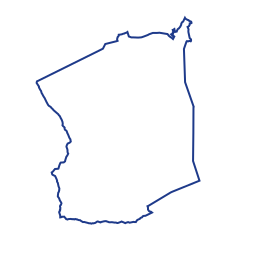 San Antonio Huitepec, Oaxaca, Mexico, rotated 165°
{"feature_id": "50627088B88102129443376", "entity_name": "San Antonio Huitepec", "entity_type": "district", "adm_level": 2, "iso_a3": "MEX", "parent_name": "Mexico", "parent_adm1": "Oaxaca", "projection": "robinson", "projection_center": [-97.134, 16.922], "detail": "fine", "context": "isolated", "style": "outline", "palette": "blue", "viewbox_px": 256, "rotation_deg": 165, "n_neighbors": 0, "source": "geoboundaries", "source_scale": "gbopen_adm2", "svg_char_len": 4577}
<svg xmlns="http://www.w3.org/2000/svg" viewBox="0 0 256 256"><g transform="rotate(165 128 128)"><path d="M59.1,131.8L61.0,157.5L53.5,189.9L49.1,196.4L48.5,196.7L48.0,196.3L47.5,196.1L46.8,196.2L46.1,196.2L45.4,195.8L45.0,195.5L44.6,195.8L44.4,196.3L44.3,196.8L44.3,197.0L44.2,197.3L45.1,198.8L45.1,199.7L45.1,200.5L45.0,201.1L45.0,202.1L44.9,203.2L44.9,204.0L44.8,205.1L44.6,206.1L44.4,206.6L44.1,207.3L44.0,207.9L44.1,208.6L44.2,209.4L44.3,210.2L43.4,210.4L42.8,210.6L42.4,211.1L42.0,211.4L41.8,211.8L41.6,212.3L41.4,212.7L41.3,213.0L40.7,212.8L40.2,212.9L39.8,212.9L39.5,213.0L39.4,213.5L39.4,213.9L39.5,214.3L39.8,214.7L40.2,214.9L40.6,215.2L40.9,215.4L41.2,215.7L41.5,216.1L41.6,216.5L42.0,216.7L42.1,216.8L42.3,216.9L42.9,217.4L43.2,217.7L43.7,218.1L44.0,218.6L44.2,218.9L44.4,219.3L44.5,219.7L47.2,216.5L47.6,216.4L48.1,216.3L48.4,216.1L48.9,215.6L49.4,215.2L49.7,214.5L50.0,213.8L50.6,213.2L51.2,212.4L51.9,211.9L52.5,211.5L53.1,211.0L53.9,210.8L54.6,210.4L55.5,209.3L55.8,208.8L56.7,207.9L55.9,208.9L57.5,208.6L57.7,209.6L57.6,211.6L59.2,211.1L59.4,211.1L59.3,208.8L60.0,208.7L60.0,207.8L62.1,207.3L61.5,206.3L60.6,206.6L60.5,206.2L60.1,205.1L60.4,204.9L59.7,204.3L61.5,202.3L62.6,204.0L63.3,204.6L64.7,206.5L65.5,208.5L73.0,211.9L74.8,212.2L79.4,213.4L83.2,213.1L84.8,212.7L88.7,212.3L91.3,212.1L92.2,212.2L94.8,212.7L99.6,214.2L101.4,214.7L103.5,216.2L103.7,220.9L104.5,220.6L105.3,220.4L106.0,220.5L107.0,220.2L108.1,220.3L109.7,220.1L110.9,220.2L112.0,220.3L112.5,220.5L112.8,220.5L113.0,219.8L113.1,219.6L113.5,219.1L113.8,219.0L114.1,218.8L114.3,218.7L114.4,218.4L114.6,218.1L114.9,217.8L115.1,217.6L115.2,217.2L115.4,216.8L115.5,216.6L115.6,216.3L115.6,216.0L115.6,215.5L115.5,214.9L116.4,214.8L128.2,215.0L131.7,211.1L203.9,196.6L204.6,195.2L203.9,193.0L203.7,192.3L203.3,191.2L203.5,190.2L203.1,188.5L202.8,187.3L202.4,186.3L202.4,184.7L202.3,183.7L202.0,183.0L201.7,181.5L201.3,180.0L200.8,178.6L200.5,177.0L200.0,174.3L199.7,173.1L199.4,171.8L199.1,170.7L198.6,169.8L197.9,169.1L197.2,168.3L196.7,167.1L195.8,165.7L195.5,164.9L195.1,164.2L192.4,160.2L191.8,159.4L191.5,158.3L190.9,157.4L190.6,156.1L190.4,154.9L190.2,154.3L189.9,152.9L189.8,151.9L189.7,150.8L189.8,150.0L189.9,149.2L190.0,148.8L190.2,148.3L190.4,148.0L190.6,147.5L190.2,146.6L189.4,145.4L189.1,144.7L189.4,144.0L189.4,143.8L189.4,142.9L189.3,142.6L188.5,141.7L188.1,141.0L188.0,140.5L188.0,139.8L187.9,139.3L187.9,138.4L187.7,137.9L187.6,137.3L187.5,136.6L187.4,135.8L187.3,134.9L187.2,133.9L186.8,132.5L186.6,132.1L186.6,131.9L186.8,129.7L188.2,128.9L190.3,128.6L190.7,128.1L191.4,127.4L191.8,126.8L192.3,125.9L192.1,123.1L192.2,122.1L192.6,120.6L192.6,119.4L192.4,118.7L193.9,117.0L194.9,116.3L196.0,114.6L196.5,113.8L196.8,113.3L197.1,112.8L197.4,112.1L199.0,111.4L201.4,111.9L202.0,112.0L202.5,111.6L203.8,109.9L204.2,109.3L205.7,106.8L206.0,106.7L209.1,107.3L210.7,106.2L211.7,105.4L213.2,104.8L213.2,104.3L213.2,103.6L213.2,102.9L213.0,102.4L210.9,100.5L210.8,100.4L210.2,96.8L210.1,95.5L210.4,94.7L210.2,93.6L210.0,93.2L210.2,89.6L210.0,88.0L210.0,87.0L210.4,86.3L210.6,85.5L210.8,85.3L211.3,84.3L212.1,83.6L213.1,81.2L213.5,80.0L213.4,79.6L213.0,78.8L212.7,77.6L212.6,75.8L211.8,73.1L211.8,72.4L212.5,71.4L212.7,71.1L212.9,71.1L213.3,70.9L213.9,70.1L214.0,69.7L214.0,69.1L214.1,68.6L214.0,68.3L214.3,67.9L214.3,67.5L214.5,66.9L214.9,66.7L215.0,66.2L215.0,65.7L215.4,65.5L215.9,65.2L216.0,64.9L216.3,64.4L216.2,63.8L216.3,63.1L216.1,61.8L216.2,61.2L216.1,60.6L216.4,60.0L216.6,59.2L215.9,59.1L214.3,59.3L213.9,59.1L212.6,58.9L211.9,57.4L211.6,56.9L211.3,56.0L210.6,55.7L210.3,55.3L208.6,55.4L206.6,54.9L205.5,54.3L204.7,54.3L203.6,53.6L202.6,53.8L201.6,53.1L201.1,53.1L201.0,52.9L199.4,51.8L198.1,51.3L197.6,50.6L195.9,48.8L194.9,48.6L194.7,48.6L191.0,46.5L190.3,46.0L189.2,45.8L188.2,45.1L187.0,45.2L186.4,44.9L184.3,44.8L183.3,45.1L182.9,45.3L181.9,45.6L181.3,45.5L179.2,44.0L178.9,43.9L178.5,44.2L177.1,44.1L176.2,44.1L175.6,44.1L174.0,43.9L172.9,43.5L172.3,42.9L171.9,42.8L170.6,41.8L169.8,41.6L169.3,41.5L167.7,41.1L165.2,40.0L164.5,39.9L164.0,39.7L163.0,39.0L162.6,38.9L162.2,38.9L159.7,39.1L158.3,39.3L157.9,38.8L156.9,38.2L155.3,36.8L154.4,37.0L153.4,37.0L153.0,37.1L152.1,37.0L150.9,36.1L147.0,35.9L146.2,35.5L145.2,35.3L144.8,35.1L144.3,35.5L143.4,36.4L142.6,36.8L140.1,37.2L139.2,37.9L137.5,38.1L136.6,38.9L135.4,39.0L133.9,38.7L132.8,38.9L127.7,39.9L126.7,40.1L127.4,41.1L129.1,42.1L129.8,44.0L129.3,45.9L129.4,47.4L128.5,47.5L103.4,54.7L101.6,55.0L75.0,58.3L72.6,58.6L73.7,79.3L66.1,106.5L59.2,131.8L59.1,131.8Z" fill="none" stroke="#1e3a8a" stroke-width="2"/></g></svg>